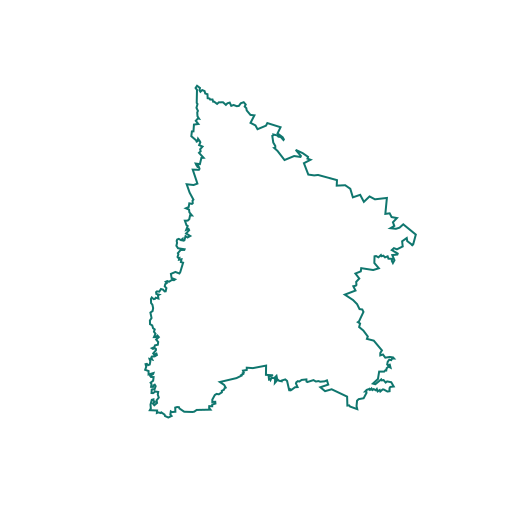 Umgungundlovu, KwaZulu-Natal, South Africa, rotated 68°
{"feature_id": "47623444B82303823139799", "entity_name": "Umgungundlovu", "entity_type": "district", "adm_level": 2, "iso_a3": "ZAF", "parent_name": "South Africa", "parent_adm1": "KwaZulu-Natal", "projection": "albers", "projection_center": [30.306, -29.53], "detail": "fine", "context": "isolated", "style": "outline", "palette": "teal", "viewbox_px": 512, "rotation_deg": 68, "n_neighbors": 0, "source": "geoboundaries", "source_scale": "gbopen_adm2", "svg_char_len": 6143}
<svg xmlns="http://www.w3.org/2000/svg" viewBox="0 0 512 512"><g transform="rotate(68 256 256)"><path d="M393.1,266.6L389.1,266.7L388.2,265.9L387.7,264.1L388.6,262.9L388.0,260.1L389.3,255.5L391.3,256.2L392.1,255.6L392.6,249.2L394.8,247.5L395.4,244.9L396.6,243.6L397.9,239.4L397.9,236.8L402.3,237.2L401.8,245.5L407.2,242.6L407.9,235.8L420.5,224.2L428.9,227.3L429.4,225.6L430.8,225.2L435.9,219.5L432.8,219.0L428.0,216.5L427.2,214.4L428.2,209.5L424.3,204.8L422.9,204.5L422.5,205.5L421.6,203.5L421.7,201.3L422.5,200.8L421.9,200.2L422.9,199.6L422.2,198.5L423.9,198.1L423.5,196.7L425.4,195.2L424.6,193.8L427.1,193.9L426.6,191.5L428.2,191.5L427.2,188.6L427.6,187.6L430.9,184.9L431.4,182.8L429.0,181.8L429.0,182.2L428.6,182.7L428.9,182.2L427.7,180.5L428.6,177.2L423.7,177.9L421.4,181.4L421.9,183.2L418.8,184.2L418.5,185.9L417.3,186.1L419.6,193.4L418.1,195.4L415.7,189.0L409.3,185.1L411.2,180.5L410.4,178.8L410.9,178.1L409.0,176.9L408.2,174.6L409.9,173.1L406.9,172.7L406.9,174.5L405.7,175.0L403.4,173.5L402.0,171.2L403.2,169.7L402.1,168.2L402.8,166.4L401.4,166.9L399.7,169.8L398.7,174.2L394.9,175.2L394.7,178.0L392.5,177.1L390.7,174.6L378.6,178.5L374.4,184.2L372.5,182.5L365.3,184.4L360.5,187.0L357.6,184.8L355.5,186.3L355.2,185.0L348.1,177.3L345.4,177.5L344.0,179.9L338.5,180.3L333.2,182.5L325.1,188.1L325.3,176.7L320.5,177.1L320.9,174.6L320.4,173.7L317.5,172.8L315.6,168.7L309.5,170.4L309.5,164.6L306.7,163.0L312.9,152.6L313.4,146.7L306.8,148.9L300.7,146.2L301.0,144.7L303.1,143.0L301.9,139.8L303.2,139.7L303.4,137.8L305.6,136.9L305.6,134.1L308.1,134.2L309.7,130.7L311.3,131.9L313.8,131.7L311.8,129.2L306.2,129.3L307.6,124.4L306.8,123.7L301.4,127.9L300.4,125.2L302.6,122.8L302.1,116.4L297.1,115.0L295.8,109.5L298.8,110.2L303.4,107.5L303.8,106.5L304.9,107.9L304.1,105.9L296.0,99.8L281.8,107.6L283.5,112.3L283.2,116.1L280.6,120.9L279.9,116.5L276.0,116.4L273.6,111.1L270.7,115.7L266.5,116.1L265.4,120.3L251.2,112.9L248.0,124.5L243.3,128.4L246.2,135.7L238.3,136.5L237.9,144.2L229.0,143.4L223.8,146.8L221.0,154.8L216.0,152.5L204.1,168.1L203.1,171.8L200.1,177.0L187.9,176.8L187.2,169.4L185.0,171.8L183.6,170.6L178.1,174.2L172.5,179.4L180.1,176.9L180.8,177.7L177.6,183.2L177.7,193.6L166.6,196.7L162.7,198.6L162.9,197.6L161.2,196.9L157.3,197.5L150.7,195.9L150.5,194.4L149.9,194.3L152.2,191.1L153.8,190.5L154.9,188.5L158.7,187.1L158.3,186.5L155.9,186.8L150.4,190.1L145.8,185.0L137.0,195.7L138.9,197.9L139.0,207.1L134.7,207.6L130.5,211.2L125.0,204.8L123.1,208.3L117.5,210.1L115.3,209.6L113.2,210.5L111.7,208.8L108.8,209.8L108.7,212.9L110.4,215.7L109.9,217.7L107.6,220.2L107.5,222.7L103.9,222.9L103.7,225.3L104.6,227.3L101.1,229.0L99.6,232.9L100.4,235.1L97.2,237.0L96.9,237.9L94.6,237.7L93.8,239.9L92.6,240.1L91.6,241.7L87.8,240.4L86.3,242.2L83.8,241.9L82.0,243.7L82.9,246.0L81.2,246.3L79.2,245.0L76.1,246.9L77.6,249.1L79.9,248.5L91.8,253.6L93.2,253.3L96.3,255.7L99.7,255.5L100.9,256.7L104.5,257.9L107.3,257.4L106.7,258.3L108.1,261.2L112.0,260.0L110.9,264.3L117.0,267.3L116.5,268.8L120.7,271.1L126.3,268.2L127.7,268.2L127.7,267.2L125.6,265.8L128.4,265.1L129.7,265.0L131.9,267.2L134.5,264.6L136.1,267.8L138.2,268.1L139.0,270.2L145.3,267.8L144.6,269.9L149.8,273.6L147.7,277.3L149.6,277.2L150.5,275.7L151.2,275.9L150.9,276.9L151.6,276.8L152.2,275.6L154.0,275.7L154.7,276.7L152.2,282.3L166.9,283.2L166.8,287.3L163.5,293.4L172.4,293.8L180.3,292.9L180.9,294.1L183.4,294.9L183.7,295.9L182.2,298.1L185.4,300.1L185.5,303.1L187.9,300.7L190.6,301.4L194.4,300.2L193.6,301.9L196.9,304.1L197.6,306.1L196.6,308.7L201.3,308.9L202.6,308.1L205.6,310.9L205.6,308.4L207.0,308.3L208.9,312.4L212.8,309.5L213.2,312.5L211.2,313.9L214.6,316.5L214.7,317.3L214.0,318.3L212.6,317.7L213.2,319.6L211.2,321.2L211.2,322.9L212.3,323.9L214.3,324.3L216.7,326.0L219.6,325.4L223.0,319.7L223.5,320.2L222.2,323.6L224.1,327.4L225.3,327.3L227.5,329.1L228.7,328.7L229.0,327.7L230.6,328.8L231.1,326.3L233.5,327.9L234.9,326.1L242.6,332.3L243.5,333.6L240.6,336.7L240.7,341.6L244.8,342.5L247.4,339.8L247.7,341.1L246.7,343.1L247.3,346.3L246.0,347.6L246.1,349.4L247.6,348.8L248.1,350.7L249.9,352.0L252.2,351.1L254.9,353.0L254.6,354.0L252.3,354.8L251.0,356.5L252.8,359.0L251.7,361.1L252.1,362.2L253.9,362.6L255.6,360.3L255.8,361.7L258.9,362.4L257.1,364.6L257.9,365.7L257.7,367.0L255.4,368.2L256.5,369.5L260.3,370.9L262.4,370.3L265.8,370.9L268.3,372.5L268.9,375.1L274.4,376.1L276.0,378.5L279.5,379.8L281.5,378.2L284.4,378.5L286.1,377.4L288.0,379.0L290.4,378.3L293.0,381.0L293.7,379.3L292.8,377.2L294.8,376.5L296.1,379.9L299.1,378.9L301.5,380.3L301.0,383.1L302.4,384.5L302.5,387.1L303.5,386.4L303.7,384.2L304.8,383.6L306.0,384.2L307.8,387.8L309.4,387.3L309.2,384.9L310.7,385.0L311.1,387.6L310.2,390.3L311.0,391.2L313.2,391.0L311.5,393.3L314.2,393.5L316.8,395.2L316.8,397.0L315.1,397.6L314.9,398.9L317.6,399.3L320.0,401.4L322.4,398.7L325.6,400.0L326.1,394.9L326.9,395.6L327.6,399.0L328.8,398.7L329.9,396.3L333.1,398.1L334.0,401.2L335.7,400.9L338.0,402.3L338.8,400.5L337.6,399.4L337.4,398.1L339.1,397.8L341.9,400.3L340.9,401.4L340.8,402.7L343.9,404.2L344.6,402.8L343.9,400.2L345.4,397.6L347.7,399.0L350.9,399.2L352.6,402.3L355.2,402.8L356.3,406.2L354.1,406.9L353.4,404.5L351.7,405.3L350.5,404.8L350.3,406.5L354.3,409.5L357.9,410.6L359.2,412.2L362.2,405.6L364.4,406.7L364.4,405.2L365.9,403.2L365.5,402.4L368.8,400.2L370.3,400.3L372.9,397.8L372.7,394.2L370.9,394.8L368.2,393.2L369.2,392.5L370.2,389.1L366.3,387.7L366.5,385.7L367.3,384.1L368.7,384.1L373.5,380.9L376.8,373.4L377.2,371.6L376.5,368.7L381.4,355.8L379.4,356.4L377.7,355.6L378.9,352.9L377.3,352.2L377.6,348.9L375.9,348.4L375.0,351.2L372.8,350.3L369.5,346.3L369.1,344.2L370.3,342.3L369.6,338.7L368.2,338.2L368.0,335.8L366.8,334.7L366.7,333.4L363.6,333.8L359.3,336.7L361.9,319.8L361.5,314.3L360.9,314.4L360.6,312.1L359.7,312.2L359.6,311.0L357.4,311.0L358.2,307.3L356.1,306.4L358.8,300.9L361.4,287.7L369.9,291.3L373.0,284.9L372.6,289.4L375.4,290.2L375.4,289.3L376.5,289.1L374.8,287.4L376.1,284.8L377.7,284.5L380.7,286.0L379.4,283.4L375.6,283.8L374.8,281.9L378.0,282.5L380.4,281.3L381.8,279.1L381.1,278.8L381.4,275.1L383.5,274.0L392.9,275.5L393.4,274.5L392.5,274.0L393.4,273.2L392.3,269.0L393.1,266.6Z" fill="none" stroke="#0f766e" stroke-width="2"/></g></svg>